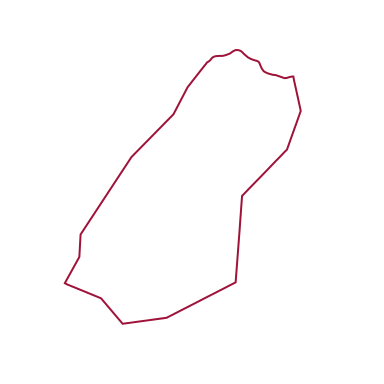 the district of Jubayt Elma'aadin, Red Sea, Sudan, rotated 117°
{"feature_id": "16777658B74984958768129", "entity_name": "Jubayt Elma'aadin", "entity_type": "district", "adm_level": 2, "iso_a3": "SDN", "parent_name": "Sudan", "parent_adm1": "Red Sea", "projection": "natural_earth1", "projection_center": [33.973, 21.162], "detail": "fine", "context": "isolated", "style": "outline", "palette": "rose", "viewbox_px": 384, "rotation_deg": 117, "n_neighbors": 0, "source": "geoboundaries", "source_scale": "gbopen_adm2", "svg_char_len": 1320}
<svg xmlns="http://www.w3.org/2000/svg" viewBox="0 0 384 384"><g transform="rotate(117 192 192)"><path d="M69.3,237.2L69.4,237.3L78.7,239.2L100.6,243.5L131.1,243.8L188.3,261.8L218.9,265.2L231.6,266.6L280.4,272.0L301.0,262.9L330.5,263.9L331.0,263.9L331.0,260.9L328.0,224.8L340.9,194.0L315.5,157.4L315.4,157.4L277.2,129.8L252.7,112.1L202.9,132.9L198.7,134.7L172.8,145.6L172.4,145.5L172.1,145.4L163.1,142.7L158.3,141.2L142.9,136.4L141.6,136.0L131.6,133.0L125.7,131.2L122.0,130.0L113.7,127.5L112.9,127.2L110.9,126.6L110.6,126.7L85.8,129.9L85.6,129.9L70.5,131.9L69.4,132.7L53.3,145.9L46.3,151.7L44.2,153.3L43.1,154.1L43.3,154.6L44.1,155.8L45.4,157.4L47.5,159.5L48.1,160.5L48.6,161.4L48.8,163.1L49.2,166.1L49.7,169.3L49.7,169.9L50.0,171.0L51.0,173.5L51.2,174.9L51.8,177.7L52.0,180.3L51.9,182.7L51.2,184.3L50.0,186.3L48.6,188.0L46.9,190.0L46.2,190.9L45.7,192.0L45.7,193.2L45.8,194.3L46.3,196.4L46.6,198.8L46.7,199.9L46.7,202.1L46.6,203.7L46.4,204.2L45.4,208.5L44.8,210.1L44.7,210.6L44.5,211.2L44.2,212.5L44.5,215.0L45.6,217.4L47.6,219.1L47.8,219.2L49.5,220.1L51.3,221.0L52.9,222.4L54.4,223.8L56.1,225.6L57.3,227.3L57.9,228.7L58.5,229.7L59.6,231.6L60.8,233.2L61.0,233.5L61.9,234.1L62.8,234.8L64.1,235.2L65.9,235.5L67.0,235.9L68.2,236.4L68.4,236.5L68.7,236.8L69.3,237.2Z" fill="none" stroke="#9f1239" stroke-width="2"/></g></svg>